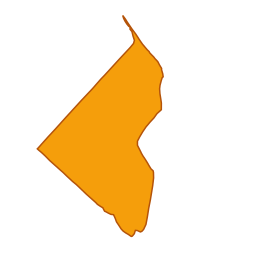 outline of Shat Al-Arab, Al-Basrah, Iraq, rotated 223°
{"feature_id": "34846034B66422309861537", "entity_name": "Shat Al-Arab", "entity_type": "district", "adm_level": 2, "iso_a3": "IRQ", "parent_name": "Iraq", "parent_adm1": "Al-Basrah", "projection": "orthographic", "projection_center": [47.816, 30.719], "detail": "fine", "context": "isolated", "style": "filled", "palette": "amber", "viewbox_px": 256, "rotation_deg": 223, "n_neighbors": 0, "source": "geoboundaries", "source_scale": "gbopen_adm2", "svg_char_len": 1542}
<svg xmlns="http://www.w3.org/2000/svg" viewBox="0 0 256 256"><g transform="rotate(223 128 128)"><path d="M208.6,206.7L206.0,205.2L203.0,204.1L199.8,203.3L196.9,202.9L195.5,203.1L194.8,202.8L194.0,201.7L193.1,201.5L190.9,201.2L186.9,198.6L183.1,196.5L181.6,193.6L181.3,188.5L181.3,175.6L181.3,172.4L181.1,150.5L181.2,145.4L180.8,132.7L180.9,116.1L180.7,94.2L180.6,88.2L180.4,77.5L180.4,67.2L180.2,57.1L180.1,54.3L180.1,50.9L178.2,50.9L174.6,51.1L169.7,51.1L163.1,50.8L148.5,51.1L145.6,51.2L139.9,51.1L132.8,51.1L132.0,51.1L127.2,51.4L113.2,51.2L100.8,51.5L98.4,51.3L94.7,51.9L92.0,52.5L90.2,51.8L88.4,51.2L86.6,51.8L84.5,52.3L81.6,53.2L79.5,54.7L78.1,54.2L75.5,53.1L72.4,51.5L70.2,51.0L67.3,50.3L64.2,49.5L61.1,49.3L59.8,49.5L58.2,49.7L55.2,50.4L51.7,50.9L51.1,51.9L51.3,55.1L52.0,56.4L52.8,58.2L51.2,59.4L48.1,60.4L47.4,61.8L47.4,64.4L49.1,69.7L53.1,76.0L58.1,83.4L62.7,90.8L70.5,102.5L75.2,108.9L79.0,112.8L80.4,113.8L83.4,113.8L88.0,115.1L88.8,115.4L90.9,116.0L93.9,116.8L98.2,117.8L101.1,118.7L102.5,119.3L109.3,121.8L112.1,124.8L113.4,129.4L114.7,135.4L115.6,141.2L115.9,147.2L115.9,152.9L116.6,158.3L116.1,164.1L120.6,169.0L123.1,171.0L125.5,172.9L128.1,174.9L131.6,178.2L133.8,181.2L134.9,183.3L136.0,185.3L137.3,188.1L137.2,189.4L139.5,191.3L143.2,193.5L144.1,194.5L148.0,195.6L151.3,196.8L153.1,197.0L155.5,197.1L157.7,197.5L160.6,197.6L163.5,197.8L164.8,198.3L167.2,198.3L174.7,199.2L180.6,200.5L181.2,200.7L186.5,202.0L192.6,203.1L201.0,205.0L203.9,205.8L208.6,206.7Z" fill="#f59e0b" stroke="#b45309" stroke-width="1.5"/></g></svg>